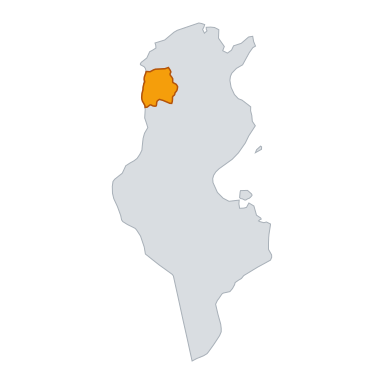 where Le Kef sits in Tunisia
{"feature_id": "TUN-109", "entity_name": "Le Kef", "entity_type": "Governorate", "adm_level": 1, "iso_a3": "TUN", "parent_name": "Tunisia", "parent_adm1": "", "projection": "mercator", "projection_center": [8.752, 36.03], "detail": "fine", "context": "in_parent", "style": "filled", "palette": "amber", "viewbox_px": 384, "rotation_deg": 0, "n_neighbors": 0, "source": "natural_earth", "source_scale": "10m", "svg_char_len": 3653}
<svg xmlns="http://www.w3.org/2000/svg" viewBox="0 0 384 384"><path d="M270.5,224.0L270.4,225.3L269.0,234.2L268.7,237.4L268.5,242.9L268.5,249.4L271.6,254.9L271.7,257.3L270.5,260.1L264.7,263.3L257.2,267.4L250.8,271.3L243.7,275.6L241.5,278.4L238.0,280.5L235.1,282.6L234.6,284.7L232.5,288.5L229.9,291.6L223.2,293.1L221.9,294.0L218.8,298.6L217.4,300.4L215.6,304.2L217.9,314.1L220.7,324.2L221.2,328.4L221.2,331.8L219.6,335.6L216.1,341.0L213.5,344.9L208.4,352.0L207.0,353.7L203.5,355.8L196.8,358.5L192.1,361.0L189.7,350.2L187.7,340.9L186.0,333.3L183.0,319.9L180.5,308.4L178.0,296.9L175.7,286.5L173.4,276.0L172.4,274.5L165.5,269.5L159.1,264.9L152.5,259.7L145.4,254.0L144.2,246.9L140.5,236.0L136.6,230.0L135.2,228.4L127.4,224.5L122.8,221.6L121.6,219.9L120.7,215.5L117.5,206.7L113.8,198.7L112.5,193.3L112.3,186.4L113.0,181.5L114.6,179.3L122.3,173.2L125.8,165.7L130.2,162.9L134.0,160.8L137.1,158.4L139.8,154.4L141.9,150.2L142.3,145.7L143.1,138.4L144.5,133.3L147.8,127.6L146.4,123.0L144.7,118.0L145.2,109.3L144.8,105.8L143.4,102.6L142.0,98.6L141.9,95.3L143.3,86.5L144.3,79.7L146.0,71.0L145.4,68.5L144.1,66.7L140.4,64.7L140.4,63.6L141.3,62.3L146.8,58.0L149.7,51.7L152.2,50.4L155.9,48.1L155.8,45.6L155.0,43.0L164.7,40.0L174.0,32.2L177.3,30.3L198.8,23.0L201.6,23.5L204.7,24.6L203.8,27.3L202.6,29.4L204.4,33.2L207.0,30.9L206.3,29.4L206.2,27.3L210.6,27.1L214.5,27.5L218.8,29.7L218.5,38.2L224.3,46.5L222.7,50.7L227.4,53.1L231.5,50.2L233.6,45.8L241.3,43.3L248.6,37.0L252.7,36.3L253.6,41.5L255.5,46.1L252.8,47.7L249.3,52.6L242.6,64.8L236.4,68.4L231.8,73.2L230.4,76.5L229.9,80.4L231.1,87.4L234.4,94.5L238.3,98.7L242.0,100.1L250.7,106.8L250.6,110.8L251.8,115.5L252.3,121.3L255.3,125.8L248.8,135.8L245.3,143.0L238.4,152.9L232.2,159.3L219.0,168.8L215.8,171.9L213.7,175.2L212.7,178.6L213.0,182.6L217.4,192.4L223.1,198.2L229.0,201.3L239.2,200.1L238.9,203.8L239.6,208.3L243.8,208.1L246.5,207.4L248.9,203.0L253.9,206.0L256.5,215.2L260.7,218.0L261.2,219.1L259.7,219.8L258.5,220.9L259.8,221.6L263.9,222.7L266.4,222.0L270.5,224.0ZM248.9,198.5L247.8,198.7L245.9,200.0L244.9,200.1L242.1,198.7L241.0,198.7L239.6,197.7L240.1,192.2L240.5,190.6L247.5,190.4L251.3,193.7L251.9,194.6L252.0,195.5L250.3,197.4L248.9,198.5ZM261.5,149.3L255.4,152.7L256.6,149.7L260.6,146.1L261.6,146.9L261.5,149.3Z" fill="#d9dde1" stroke="#a8b0b8" stroke-width="1"/><path d="M145.1,107.4L145.0,105.9L144.3,104.3L142.4,101.1L141.9,99.4L141.7,97.4L142.0,93.5L142.8,90.4L143.0,89.9L143.1,87.2L143.9,83.6L144.4,82.8L144.7,81.8L144.6,81.0L144.3,80.1L144.1,79.1L144.3,77.1L146.2,71.8L146.2,71.6L146.9,71.5L149.3,71.7L150.1,71.7L153.7,69.8L155.2,69.3L155.5,69.2L165.0,68.7L168.4,67.5L170.2,70.3L170.7,71.4L170.8,71.6L170.8,71.9L170.7,72.3L170.7,72.5L170.5,72.9L170.3,73.1L170.2,73.3L170.1,73.7L170.1,74.3L170.1,74.7L170.2,75.0L170.6,75.6L171.6,76.9L172.4,78.2L172.6,78.5L172.7,78.8L172.7,79.2L172.7,79.9L172.7,81.0L172.7,81.3L172.7,82.0L172.9,82.3L173.0,82.6L173.6,82.9L176.0,84.2L176.3,84.5L176.6,84.9L177.2,85.9L177.5,86.4L177.6,86.8L177.5,87.6L177.3,88.9L177.0,90.0L176.8,90.6L176.6,90.9L175.7,92.0L175.1,92.8L174.9,93.2L174.8,93.9L174.7,94.3L174.6,94.7L174.5,94.9L174.3,95.1L172.9,96.3L172.8,96.5L172.7,96.7L172.6,96.9L172.6,97.0L172.5,97.5L172.5,99.4L172.3,101.2L172.3,101.5L171.7,103.4L169.8,103.3L163.0,100.4L159.8,99.5L159.4,99.4L159.1,99.6L158.7,99.8L157.8,100.5L157.4,100.9L157.1,101.2L157.0,101.4L156.9,101.8L156.8,102.2L156.7,102.6L156.5,104.6L156.4,105.2L156.3,105.6L156.1,105.9L156.0,106.0L155.1,106.2L153.3,106.0L152.9,105.9L151.1,105.0L150.9,104.9L150.4,104.9L150.1,105.0L149.6,105.2L148.2,106.3L147.5,106.9L147.0,107.2L145.8,107.3L145.1,107.4Z" fill="#f59e0b" stroke="#b45309" stroke-width="1.5"/></svg>